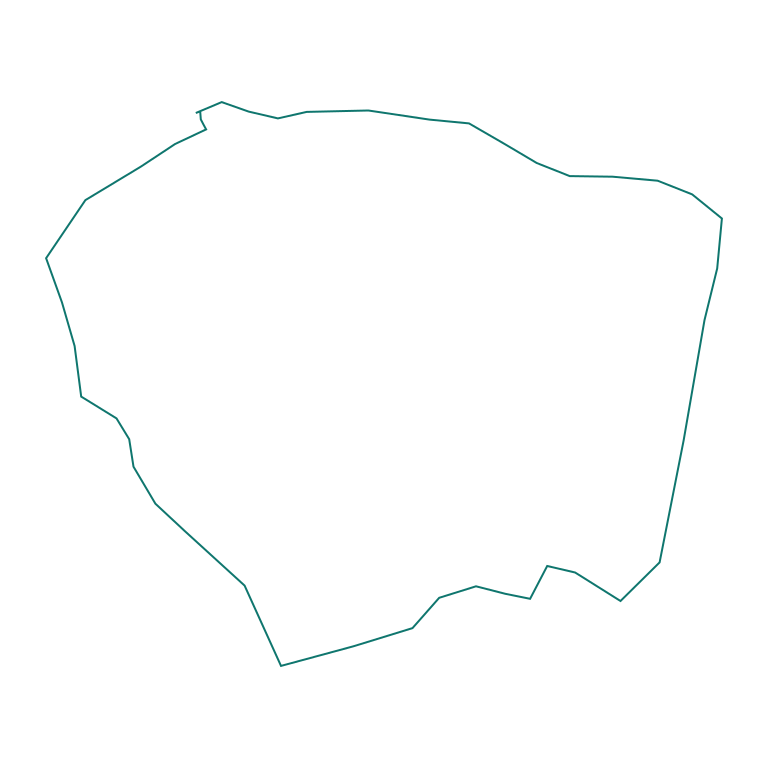 the Province of Sánchez Ramírez
{"feature_id": "DOM-1395", "entity_name": "Sánchez Ramírez", "entity_type": "Province", "adm_level": 1, "iso_a3": "DOM", "parent_name": "Dominican Republic", "parent_adm1": "", "projection": "equal_earth", "projection_center": [-70.165, 19.005], "detail": "fine", "context": "isolated", "style": "outline", "palette": "teal", "viewbox_px": 768, "rotation_deg": 0, "n_neighbors": 0, "source": "natural_earth", "source_scale": "10m", "svg_char_len": 686}
<svg xmlns="http://www.w3.org/2000/svg" viewBox="0 0 768 768"><path d="M281.0,665.9L244.6,585.6L184.7,531.0L155.4,503.7L133.5,466.7L129.2,439.2L116.5,418.4L81.2,396.6L74.6,346.0L62.0,302.5L46.1,258.2L85.4,200.1L140.9,166.6L175.1,144.0L206.1,129.4L203.4,124.4L200.8,119.4L200.2,111.4L195.8,113.0L221.7,102.1L248.7,111.6L277.9,118.4L306.7,111.9L368.4,110.5L429.5,119.6L469.0,123.4L505.3,144.4L536.7,163.0L569.7,176.1L612.6,176.7L657.6,180.7L692.2,194.4L721.9,218.5L717.2,268.4L704.5,320.1L683.6,440.6L659.6,562.4L620.5,601.0L575.1,572.5L547.2,566.0L530.1,598.8L505.3,593.8L476.0,586.3L439.2,597.8L412.5,628.1L353.4,646.3L281.0,665.9Z" fill="none" stroke="#0f766e" stroke-width="2"/></svg>